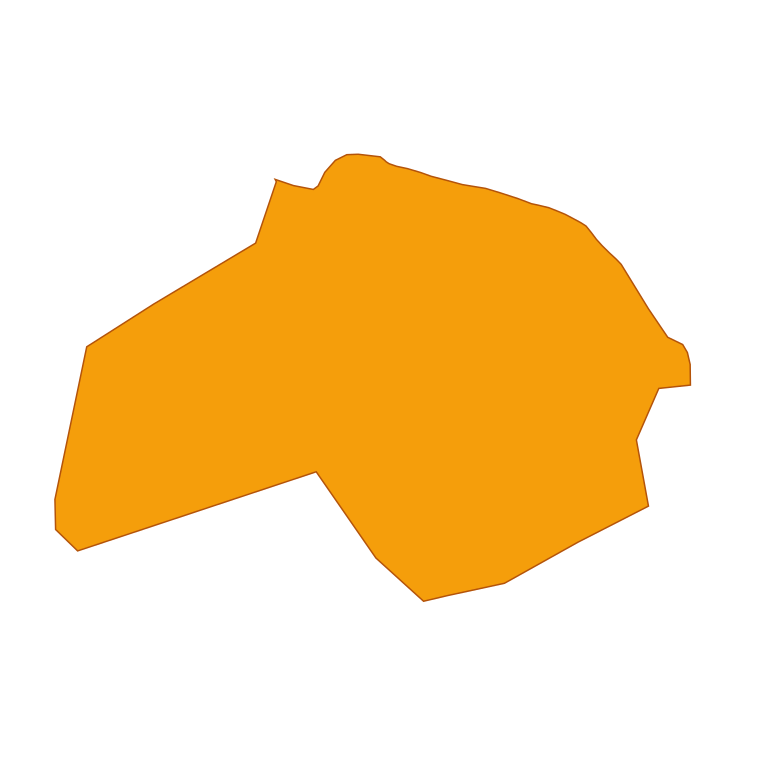 the district of Bois Catchet, Castries, Saint Lucia, rotated 281°
{"feature_id": "8701671B73326281141145", "entity_name": "Bois Catchet", "entity_type": "district", "adm_level": 2, "iso_a3": "LCA", "parent_name": "Saint Lucia", "parent_adm1": "Castries", "projection": "natural_earth1", "projection_center": [-60.993, 14.004], "detail": "fine", "context": "isolated", "style": "filled", "palette": "amber", "viewbox_px": 768, "rotation_deg": 281, "n_neighbors": 0, "source": "geoboundaries", "source_scale": "gbopen_adm2", "svg_char_len": 900}
<svg xmlns="http://www.w3.org/2000/svg" viewBox="0 0 768 768"><g transform="rotate(281 384 384)"><path d="M178.9,465.6L188.5,486.9L211.4,540.3L265.5,604.3L314.6,666.9L377.3,642.4L432.1,654.6L441.4,685.0L461.6,680.8L472.8,675.8L479.7,669.7L484.0,653.6L508.1,629.4L546.7,594.0L550.8,588.2L555.8,580.1L561.4,571.7L562.6,570.1L566.5,564.9L572.1,558.7L577.6,552.2L579.9,546.4L582.9,536.8L585.1,529.5L586.8,521.3L588.5,512.2L589.0,500.8L589.1,494.4L591.5,480.4L593.8,461.8L595.4,446.4L595.0,433.3L594.7,422.9L595.8,407.8L596.9,390.6L598.6,379.5L599.9,366.0L600.1,354.9L601.2,347.1L602.5,343.8L603.7,342.0L606.3,337.0L604.6,314.8L602.0,303.7L594.3,293.6L580.5,285.5L565.8,281.5L561.5,277.5L561.5,257.3L564.1,238.1L562.0,239.7L497.8,231.1L418.9,143.1L363.8,85.1L207.9,83.0L178.5,89.4L161.7,115.1L284.9,334.2L211.6,409.3L178.3,464.3L178.9,465.6Z" fill="#f59e0b" stroke="#b45309" stroke-width="1.5"/></g></svg>